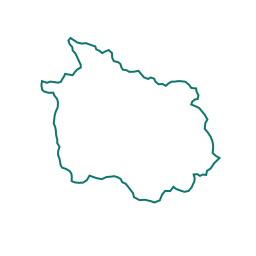 outline of Bonito de Santa Fé, Paraíba, Brazil, rotated 288°
{"feature_id": "56859067B84735993458743", "entity_name": "Bonito de Santa Fé", "entity_type": "district", "adm_level": 2, "iso_a3": "BRA", "parent_name": "Brazil", "parent_adm1": "Paraíba", "projection": "robinson", "projection_center": [-38.472, -7.289], "detail": "fine", "context": "isolated", "style": "outline", "palette": "teal", "viewbox_px": 256, "rotation_deg": 288, "n_neighbors": 0, "source": "geoboundaries", "source_scale": "gbopen_adm2", "svg_char_len": 1919}
<svg xmlns="http://www.w3.org/2000/svg" viewBox="0 0 256 256"><g transform="rotate(288 128 128)"><path d="M65.3,176.2L69.1,180.6L75.1,181.0L79.7,182.8L81.0,187.6L86.1,189.4L84.9,192.6L84.7,197.1L84.7,201.3L86.9,205.1L91.4,206.9L94.7,207.2L97.4,207.6L100.5,207.1L104.1,204.8L105.5,208.4L104.7,211.2L106.9,213.6L107.5,216.8L111.6,216.4L115.1,219.1L121.1,220.8L127.7,224.3L128.7,219.9L130.4,216.2L134.6,215.3L137.7,214.4L141.6,212.3L145.2,209.3L148.7,204.9L150.9,201.2L156.6,200.0L160.6,200.9L164.3,196.9L169.0,189.5L169.6,185.0L169.9,180.9L172.8,180.9L175.8,182.8L177.1,185.3L180.8,184.9L183.9,181.9L186.7,180.5L185.6,176.0L188.1,172.4L189.7,168.2L189.0,164.6L188.1,161.2L186.5,158.0L185.5,155.0L183.0,152.8L179.8,150.9L180.5,147.4L179.1,143.4L180.5,139.9L183.0,137.6L183.0,133.9L180.9,132.0L181.1,127.5L183.0,124.3L185.6,120.4L183.3,116.1L181.8,111.9L182.5,108.7L181.9,105.0L183.8,102.8L186.3,101.3L187.5,98.6L187.3,93.8L190.0,91.2L194.3,89.6L196.2,85.6L193.8,82.7L191.2,80.3L192.5,77.3L193.0,73.5L195.5,71.6L195.5,67.2L195.7,61.8L194.0,57.8L193.6,53.6L194.6,49.9L195.8,45.5L192.8,44.3L189.8,46.5L187.7,50.0L184.6,51.5L182.9,54.6L180.0,57.5L176.0,61.1L173.6,63.4L170.9,64.4L167.9,61.6L164.3,60.0L161.1,59.0L160.5,55.0L160.1,51.5L157.0,51.2L154.2,50.4L151.2,49.9L149.5,47.5L148.8,43.4L148.1,39.7L146.0,37.1L146.0,31.7L142.0,32.4L137.9,34.5L136.7,37.2L137.0,41.9L138.5,46.0L136.2,47.8L133.7,51.6L130.7,53.5L125.8,54.8L121.3,54.2L117.2,54.4L112.7,55.3L109.3,56.0L106.5,58.4L103.2,60.2L99.3,61.7L94.7,64.5L91.9,65.3L88.9,68.7L84.3,68.7L80.8,69.8L77.5,72.4L74.8,73.9L72.2,75.2L70.0,77.4L69.9,82.0L68.9,86.1L66.7,88.5L64.2,89.6L60.1,90.8L59.8,94.1L60.8,98.7L62.3,102.3L65.7,105.0L70.8,106.1L70.6,113.2L71.2,118.8L74.8,122.8L76.4,126.7L77.9,129.7L78.0,133.4L77.2,136.9L74.8,139.1L74.2,143.1L72.1,146.4L67.7,152.8L64.1,155.0L63.0,161.2L65.0,166.4L65.5,172.7L65.3,176.2Z" fill="none" stroke="#0f766e" stroke-width="2"/></g></svg>